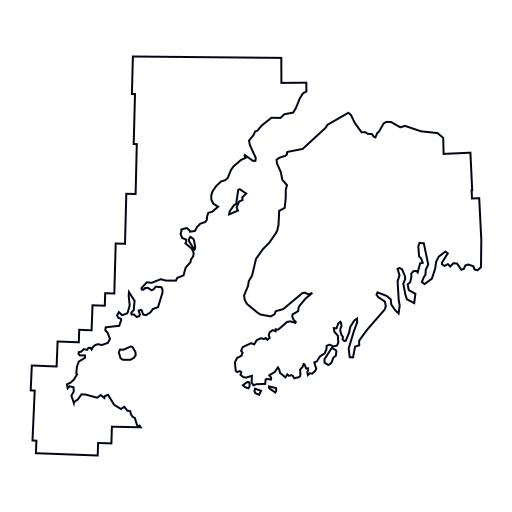 outline of Kenai Peninsula, Alaska, United States of America
{"feature_id": "52423323B64721050065013", "entity_name": "Kenai Peninsula", "entity_type": "district", "adm_level": 2, "iso_a3": "USA", "parent_name": "United States of America", "parent_adm1": "Alaska", "projection": "albers", "projection_center": [-151.789, 60.039], "detail": "fine", "context": "isolated", "style": "outline", "palette": "ink", "viewbox_px": 512, "rotation_deg": 0, "n_neighbors": 0, "source": "geoboundaries", "source_scale": "gbopen_adm2", "svg_char_len": 6079}
<svg xmlns="http://www.w3.org/2000/svg" viewBox="0 0 512 512"><path d="M470.4,152.7L443.6,153.9L443.2,137.9L437.6,133.1L421.0,131.3L405.0,125.9L400.3,127.3L391.0,122.0L386.4,121.9L383.7,123.3L379.0,131.6L377.2,133.1L375.4,137.4L373.7,136.7L372.0,134.1L367.6,133.8L365.4,132.2L361.6,132.3L354.9,123.1L350.9,114.9L348.3,112.8L327.5,124.8L325.6,127.8L302.7,148.9L287.5,151.9L286.9,152.5L287.0,154.2L285.7,155.7L279.3,157.8L276.6,159.7L276.9,163.3L280.8,172.0L282.3,179.8L287.0,185.1L285.8,189.6L285.7,198.3L284.7,207.9L279.2,210.8L278.5,225.0L277.2,230.6L276.1,232.8L269.3,242.7L262.9,249.2L256.0,258.9L252.1,275.5L248.8,281.1L248.0,286.0L244.1,295.5L244.7,299.7L246.9,303.9L257.3,312.5L260.4,314.5L270.6,316.4L274.6,314.3L275.5,311.6L276.3,311.0L283.2,309.1L302.4,293.1L305.0,292.7L308.3,294.4L312.3,293.0L305.7,298.4L300.0,305.2L298.7,307.2L298.1,311.2L292.5,314.4L292.3,316.7L293.6,319.8L295.8,321.9L295.4,322.9L290.4,321.4L287.1,321.9L278.3,329.6L275.7,329.3L275.6,331.2L272.9,330.1L269.7,332.2L268.8,335.1L269.6,337.9L267.4,339.8L265.7,338.0L264.0,339.1L261.1,338.2L256.7,340.2L254.2,344.4L251.1,343.2L242.7,347.1L241.1,350.8L242.6,352.6L241.4,355.8L237.0,358.0L234.9,362.5L235.8,371.1L237.3,372.0L239.8,371.1L241.3,372.1L240.5,374.9L243.5,377.2L246.2,377.6L251.9,375.8L251.6,382.4L253.5,385.3L256.5,384.2L265.2,383.9L265.6,379.6L266.8,378.9L270.9,379.6L271.2,377.7L269.3,375.3L274.9,371.9L277.9,367.4L279.2,369.5L280.0,372.8L285.5,377.4L287.3,374.4L288.7,375.8L291.5,375.2L292.8,375.9L294.3,378.3L298.7,377.2L300.1,376.1L300.4,374.5L300.1,369.6L302.6,366.9L303.6,364.0L304.5,364.3L306.2,368.6L308.0,368.3L308.2,370.2L307.3,372.0L307.9,375.1L309.8,373.3L312.2,373.7L315.5,370.5L316.2,368.7L314.3,362.4L316.8,361.4L319.9,356.5L324.6,353.4L326.4,349.4L326.7,345.8L329.6,344.7L333.3,346.4L336.9,345.6L338.3,342.8L337.9,335.7L334.4,331.8L333.8,328.1L336.5,328.3L338.3,323.4L340.4,321.8L341.1,323.1L341.5,325.7L340.3,329.2L340.3,330.9L341.5,335.0L342.9,336.7L342.6,339.4L344.3,341.1L345.8,340.7L349.1,332.6L350.3,326.8L354.4,320.4L357.0,318.6L357.2,322.2L353.6,332.0L348.7,348.5L349.7,357.2L353.0,357.4L355.1,346.6L359.2,345.3L359.1,340.8L362.2,336.4L367.4,329.4L384.8,309.4L385.8,306.1L384.9,301.6L378.5,297.3L376.5,294.8L377.5,292.4L386.6,295.9L390.7,299.3L391.3,304.6L395.2,310.2L398.6,313.5L399.7,305.6L398.7,299.9L397.6,281.4L399.5,275.2L397.6,268.9L399.4,267.9L402.1,269.4L405.0,276.3L405.2,279.0L403.3,283.7L405.3,294.3L406.9,299.3L414.2,303.1L415.4,293.8L408.8,290.1L407.6,284.4L410.2,282.2L411.4,276.7L411.2,273.8L413.4,271.2L416.5,271.0L417.7,272.4L420.1,263.4L422.7,262.8L421.2,258.6L419.1,256.4L418.3,246.4L419.5,242.9L423.8,243.3L428.2,264.4L425.8,269.7L425.4,274.9L423.7,277.4L421.9,282.0L424.5,284.1L431.9,278.6L435.1,268.8L436.2,261.6L438.7,256.7L445.3,251.6L447.8,253.3L442.0,262.7L442.0,264.3L444.5,266.0L447.9,264.1L450.2,266.5L453.5,263.2L457.1,263.6L461.3,269.8L463.9,268.8L465.3,265.5L468.4,264.5L473.4,266.3L474.6,269.5L477.6,270.3L481.0,267.1L481.3,239.7L479.2,198.2L472.0,198.5L471.6,190.2L472.2,190.2L470.4,152.7ZM35.9,453.2L97.7,455.5L98.1,443.0L111.4,443.4L111.9,426.7L140.7,427.3L139.6,425.6L138.2,426.2L137.0,425.0L134.8,417.9L132.6,416.8L130.9,414.2L130.2,411.2L127.3,410.6L124.3,406.8L121.0,409.0L114.2,404.9L108.0,394.8L104.8,396.2L104.4,398.0L100.7,395.1L97.1,397.7L85.4,394.5L81.4,394.4L77.9,399.4L74.1,402.0L73.9,403.1L71.4,395.7L73.8,391.5L73.5,387.2L69.5,386.3L67.7,388.3L66.9,384.4L70.6,382.6L73.8,379.7L77.1,374.3L76.3,373.4L76.9,366.8L78.8,361.6L85.0,357.8L84.9,355.4L79.8,355.4L78.5,353.8L78.8,352.1L81.0,351.8L83.8,349.1L87.0,349.9L88.4,347.9L90.6,347.9L91.6,349.5L93.1,346.8L95.3,345.0L97.9,344.2L101.9,345.0L107.8,342.9L110.0,338.9L107.6,332.8L105.3,330.3L105.7,327.3L119.2,325.8L121.2,320.0L120.8,318.7L118.4,317.9L117.1,315.3L118.9,312.1L122.1,315.2L126.9,313.5L127.8,312.3L129.7,305.2L128.7,296.0L129.0,292.1L134.6,300.9L133.7,310.2L131.4,312.5L131.2,313.7L131.8,314.6L133.8,314.4L136.6,316.9L139.1,316.3L139.9,314.8L138.7,310.6L140.8,309.9L141.7,310.3L143.1,314.5L146.0,315.2L150.4,312.4L152.9,309.0L158.0,307.2L162.4,292.9L162.6,290.2L161.5,287.2L155.7,286.7L153.8,289.2L151.6,290.3L147.8,287.8L145.0,288.1L143.4,289.7L141.9,289.6L141.4,288.2L146.8,282.3L151.7,282.8L160.8,279.2L165.8,280.6L176.0,280.6L177.2,277.9L183.5,275.4L185.6,267.8L190.6,262.0L190.8,259.6L193.2,256.3L193.7,252.9L191.8,248.7L185.4,243.3L186.3,241.3L186.1,239.6L182.1,237.9L180.6,233.9L181.5,230.8L181.3,229.5L186.8,228.0L189.8,230.7L190.0,231.7L194.9,231.0L197.0,227.1L200.3,223.7L205.4,221.9L206.8,219.9L207.2,216.1L208.3,212.9L212.3,211.7L218.1,206.7L213.3,203.7L211.3,199.6L211.3,195.2L212.5,191.4L216.3,185.9L221.1,181.4L225.2,180.2L227.8,177.9L230.8,170.3L233.4,166.5L240.8,160.1L245.6,157.8L244.5,155.4L244.8,155.0L253.0,160.9L255.4,160.9L255.8,158.0L249.9,145.1L249.0,140.6L253.5,135.1L255.1,131.5L257.5,130.6L261.6,125.6L271.4,117.8L280.5,117.9L284.4,114.2L293.2,112.6L295.9,108.1L299.6,98.8L302.9,93.4L306.4,91.5L306.3,82.7L281.4,82.9L281.3,57.9L132.9,56.5L131.9,94.0L135.0,94.1L133.7,144.0L136.8,144.1L135.6,194.0L126.3,193.8L125.0,243.8L115.7,243.5L114.3,293.5L105.2,293.2L104.8,305.7L92.5,305.3L91.6,330.3L79.2,329.8L78.8,342.3L57.6,341.5L56.6,366.5L31.8,365.5L30.7,390.4L34.7,390.6L32.5,440.5L36.4,440.7L35.9,453.2ZM119.9,349.6L118.8,352.5L120.6,358.3L122.9,359.8L130.4,359.8L133.9,357.8L135.7,355.1L135.4,351.9L132.4,346.9L130.8,346.5L123.5,349.7L119.9,349.6ZM229.6,211.5L229.1,214.4L237.9,210.6L236.6,207.5L239.1,201.5L242.5,200.1L242.3,197.3L246.2,193.6L239.8,189.2L238.2,190.0L236.2,203.8L233.9,205.3L229.6,211.5ZM324.5,359.2L324.5,362.7L328.4,365.0L331.3,363.0L333.5,357.5L335.8,355.7L336.4,351.3L335.8,350.1L331.8,347.9L324.5,359.2ZM188.8,239.4L189.3,241.7L194.4,249.6L194.9,249.1L195.2,246.9L194.0,240.4L193.2,238.8L190.3,236.8L188.8,239.4ZM247.2,382.1L242.9,385.2L244.7,387.0L248.4,388.3L249.4,386.8L249.7,384.1L249.0,382.2L247.2,382.1ZM255.1,388.7L254.4,391.2L255.4,393.2L259.2,394.8L261.0,390.8L255.1,388.7ZM269.0,386.4L269.2,388.3L275.3,392.5L276.2,390.7L276.1,388.1L269.0,386.4Z" fill="none" stroke="#020617" stroke-width="2"/></svg>